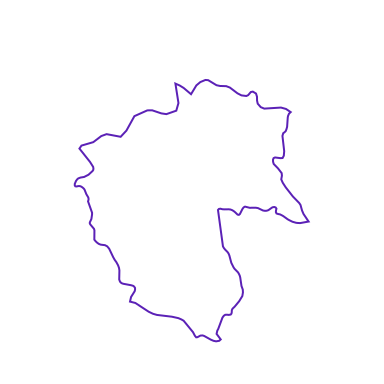 map outline of Cantal (Mercator projection), rotated 309°
{"feature_id": "FRA-5276", "entity_name": "Cantal", "entity_type": "Metropolitan department", "adm_level": 1, "iso_a3": "FRA", "parent_name": "France", "parent_adm1": "", "projection": "mercator", "projection_center": [2.647, 45.051], "detail": "fine", "context": "isolated", "style": "outline", "palette": "violet", "viewbox_px": 384, "rotation_deg": 309, "n_neighbors": 0, "source": "natural_earth", "source_scale": "10m", "svg_char_len": 2916}
<svg xmlns="http://www.w3.org/2000/svg" viewBox="0 0 384 384"><g transform="rotate(309 192 192)"><path d="M265.8,110.9L267.0,115.3L267.6,120.0L267.4,129.7L277.6,128.3L282.7,129.3L287.5,131.9L289.1,134.2L290.4,143.8L292.0,147.0L295.8,152.0L297.0,155.7L297.3,165.2L298.2,169.6L300.8,173.8L302.6,174.7L306.7,174.8L308.3,176.1L308.8,179.8L306.9,182.6L304.0,185.0L302.0,187.5L301.2,192.0L302.3,195.7L313.6,208.0L315.7,212.8L316.2,218.4L313.9,218.1L311.5,218.8L310.2,219.5L302.5,224.9L300.2,225.9L298.3,226.5L296.6,226.3L295.1,225.9L292.5,227.0L281.7,238.0L278.0,240.5L275.4,241.0L274.0,239.5L271.1,234.8L269.7,234.1L268.1,234.6L266.5,236.0L265.2,237.9L264.5,243.9L263.1,249.8L261.3,251.6L258.0,253.4L256.3,256.7L254.6,261.9L252.0,273.2L250.9,282.3L250.2,284.5L246.9,289.1L245.1,292.5L242.4,301.2L236.0,295.7L234.7,294.0L233.6,292.3L232.1,288.8L231.3,285.3L231.0,283.5L230.7,278.1L230.4,276.3L230.0,274.5L229.1,272.8L228.5,271.2L229.1,269.9L230.5,268.9L232.2,268.1L232.6,266.8L232.2,265.5L231.2,264.5L230.3,264.0L226.0,262.8L224.4,261.8L223.2,260.4L222.3,258.8L221.0,253.4L220.0,251.6L216.0,246.7L214.0,242.4L213.1,242.0L212.2,241.8L210.5,241.9L205.0,243.1L203.7,242.8L203.1,241.6L203.4,238.3L203.4,236.5L203.2,234.8L202.6,232.9L201.5,231.2L198.8,228.0L197.7,226.4L196.9,224.6L195.8,223.6L194.4,223.5L169.2,250.3L168.5,252.1L168.1,253.9L167.7,257.4L167.2,259.1L166.1,261.1L161.7,267.1L159.6,271.7L159.1,273.3L158.5,278.4L157.8,280.2L157.0,281.8L155.9,283.3L150.1,289.6L148.1,292.9L146.0,294.8L142.8,296.6L136.7,297.4L129.6,297.3L127.4,297.0L126.3,297.0L125.1,297.4L123.5,298.6L122.3,299.2L121.1,299.2L119.6,297.9L118.7,296.5L117.5,295.1L115.8,294.6L113.6,294.7L102.0,298.6L100.2,298.9L97.2,300.4L95.5,307.1L93.5,306.8L91.1,304.7L89.9,302.4L89.1,299.6L87.8,292.1L87.2,290.5L85.7,288.9L82.6,287.6L81.7,286.7L82.1,284.7L83.7,281.0L86.7,266.5L86.3,264.0L85.4,260.8L82.4,254.8L74.4,242.1L72.8,238.3L71.7,233.7L70.1,217.8L67.8,212.8L72.1,210.7L78.8,209.9L80.3,209.2L81.6,208.1L82.0,206.8L82.1,206.2L82.1,205.6L81.8,204.7L81.2,203.3L77.4,196.3L76.8,194.5L77.0,192.5L78.2,190.5L85.4,184.9L87.1,183.0L88.5,180.7L89.9,177.3L90.6,174.7L91.7,171.9L95.8,163.3L96.4,160.3L95.9,157.8L94.7,155.9L93.6,154.1L93.0,152.1L92.9,149.8L93.1,147.9L93.5,146.1L100.8,140.3L101.7,139.0L102.8,133.3L103.3,132.3L104.1,131.7L107.7,130.8L111.6,128.5L113.0,127.4L119.3,117.1L120.8,116.5L121.7,115.8L122.5,114.8L123.8,111.3L126.2,107.0L126.5,106.0L126.6,104.9L126.6,103.8L126.5,102.7L126.3,101.8L125.9,101.0L125.4,100.3L124.8,99.7L124.0,99.1L123.4,98.5L123.0,97.7L123.3,96.8L124.5,95.8L127.6,94.9L129.4,94.8L130.8,95.0L131.6,95.4L133.1,96.3L135.8,98.7L140.3,100.7L145.7,101.5L146.9,101.4L148.0,100.8L149.3,99.4L151.2,93.8L154.9,77.2L158.5,76.9L168.6,83.9L178.4,86.3L183.2,89.2L190.0,101.8L198.4,102.4L214.7,99.5L227.3,105.9L230.4,109.6L233.8,118.7L236.4,123.1L245.3,128.6L252.6,125.5L265.8,110.9Z" fill="none" stroke="#5b21b6" stroke-width="2"/></g></svg>